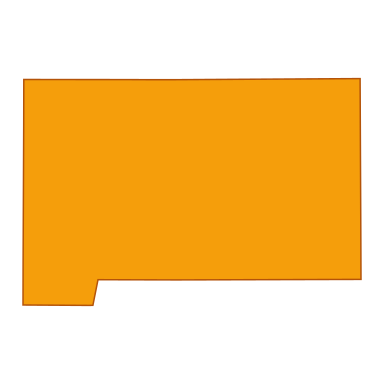 Stone, Mississippi, United States of America (Albers equal-area conic projection)
{"feature_id": "52423323B58582315603742", "entity_name": "Stone", "entity_type": "district", "adm_level": 2, "iso_a3": "USA", "parent_name": "United States of America", "parent_adm1": "Mississippi", "projection": "albers", "projection_center": [-89.176, 30.779], "detail": "fine", "context": "isolated", "style": "filled", "palette": "amber", "viewbox_px": 384, "rotation_deg": 0, "n_neighbors": 0, "source": "geoboundaries", "source_scale": "gbopen_adm2", "svg_char_len": 321}
<svg xmlns="http://www.w3.org/2000/svg" viewBox="0 0 384 384"><path d="M23.8,79.5L23.7,124.5L23.1,264.2L23.0,305.0L73.3,305.3L89.3,305.4L92.9,305.3L98.0,279.7L176.2,279.9L286.0,279.6L361.0,279.4L360.8,229.2L360.1,78.6L173.5,79.7L149.1,79.7L128.7,79.6L23.8,79.5Z" fill="#f59e0b" stroke="#b45309" stroke-width="1.5"/></svg>